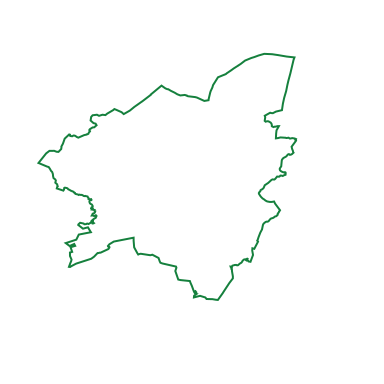 Ambeļu pag., Daugavpils, Latvia (Robinson projection), rotated 161°
{"feature_id": "27541924B25126117723417", "entity_name": "Ambeļu pag.", "entity_type": "district", "adm_level": 2, "iso_a3": "LVA", "parent_name": "Latvia", "parent_adm1": "Daugavpils", "projection": "robinson", "projection_center": [26.898, 56.048], "detail": "fine", "context": "isolated", "style": "outline", "palette": "green", "viewbox_px": 384, "rotation_deg": 161, "n_neighbors": 0, "source": "geoboundaries", "source_scale": "gbopen_adm2", "svg_char_len": 5951}
<svg xmlns="http://www.w3.org/2000/svg" viewBox="0 0 384 384"><g transform="rotate(161 192 192)"><path d="M332.7,161.3L331.7,160.8L330.0,161.2L324.8,162.0L309.0,161.7L305.7,162.7L301.2,165.0L300.2,164.7L299.1,164.7L298.2,164.4L289.6,165.3L288.3,166.3L288.0,166.7L288.2,167.2L288.8,167.4L289.1,167.8L289.1,168.3L287.1,169.5L282.1,170.6L262.1,167.8L263.1,164.8L264.7,158.5L263.6,151.9L263.2,150.4L262.3,150.5L260.6,150.3L252.0,145.8L249.9,145.6L245.1,140.5L245.1,136.9L244.9,135.4L243.3,134.1L231.4,126.7L231.4,125.5L233.5,122.7L233.5,113.7L231.6,112.5L223.0,108.5L223.0,106.7L222.7,103.2L222.6,97.2L221.1,97.2L221.1,96.8L220.6,95.9L220.7,95.5L220.9,95.5L221.3,96.0L221.5,96.1L222.2,95.8L222.3,95.5L221.9,94.7L221.0,94.1L223.7,93.3L223.9,93.0L224.5,91.7L218.2,91.2L213.7,87.9L213.1,86.1L207.5,84.0L204.8,82.5L202.7,81.5L195.8,86.4L194.6,87.4L186.3,93.8L181.5,97.0L180.8,99.0L180.0,104.0L179.4,106.1L179.8,106.6L179.1,107.3L178.8,107.8L178.9,108.0L179.8,108.5L179.8,108.9L179.0,108.5L178.3,108.8L177.7,109.2L176.3,109.1L175.5,109.1L174.0,108.7L173.6,108.4L173.3,108.0L172.3,107.8L170.2,108.7L168.3,109.1L167.1,109.9L166.6,110.5L165.0,111.2L164.5,111.2L162.6,110.8L161.5,111.0L161.2,110.7L161.9,109.8L162.6,109.9L162.9,109.7L162.6,109.3L161.5,109.0L161.3,108.7L161.1,107.9L160.5,107.5L159.8,107.3L159.4,107.0L154.8,112.6L154.1,117.1L153.2,119.1L151.6,118.0L145.7,123.6L146.0,124.7L146.1,124.8L145.3,125.6L143.8,127.6L140.6,131.4L138.0,133.8L135.8,137.5L135.2,138.3L134.1,139.0L132.2,139.7L131.1,139.7L130.1,139.3L129.5,139.4L128.7,139.7L127.2,140.7L125.9,141.2L124.0,141.1L123.2,141.2L121.6,141.8L120.0,141.7L119.3,142.2L118.6,142.4L118.3,142.7L118.0,143.6L117.8,143.8L116.8,144.3L116.3,144.8L116.1,145.2L115.7,145.3L114.7,146.1L117.2,153.9L117.5,156.3L119.6,156.6L121.7,157.3L124.0,158.6L125.3,160.0L126.3,161.6L127.3,162.8L128.2,164.6L128.7,166.0L129.3,168.6L129.1,169.3L128.3,170.0L127.3,170.3L126.7,171.3L125.9,171.6L124.8,171.7L123.3,172.3L122.7,172.8L121.0,174.7L116.9,175.8L112.8,177.6L111.7,177.7L110.3,177.0L109.9,177.0L108.9,177.4L106.5,178.9L104.6,178.1L103.6,178.4L103.2,178.7L102.7,178.7L101.3,177.9L101.0,177.6L99.4,177.9L98.5,177.8L97.9,177.9L97.8,179.1L97.4,179.1L97.2,179.6L97.3,180.2L97.8,180.5L99.1,180.8L100.3,181.8L101.3,183.0L101.7,183.9L101.7,184.6L101.5,185.4L100.8,186.1L99.3,187.2L96.8,192.7L96.2,193.4L94.5,194.4L91.9,194.8L91.0,195.1L89.4,196.1L88.8,196.3L88.2,196.3L87.8,196.1L87.5,195.7L87.5,195.4L86.5,195.1L85.1,195.3L83.3,196.1L83.4,196.3L83.2,198.1L83.3,200.0L83.1,202.4L77.4,206.3L76.8,206.8L76.6,207.4L76.6,207.7L77.0,207.7L76.8,208.1L77.3,208.2L77.4,208.4L77.5,208.7L77.4,208.8L77.5,209.0L77.3,209.0L77.5,209.2L77.8,209.3L79.6,210.3L81.9,210.6L82.3,210.9L82.7,211.5L83.0,211.9L84.8,212.2L85.4,212.4L85.8,212.8L90.6,214.8L93.1,215.0L95.2,215.4L93.4,219.9L92.0,222.8L88.4,226.0L89.6,226.4L91.8,226.6L92.7,226.9L93.7,226.8L94.8,227.8L95.1,228.3L95.0,228.6L94.8,228.9L94.6,230.5L95.0,232.0L96.4,233.6L97.0,234.1L98.3,234.5L99.5,234.5L100.1,235.6L98.4,238.9L98.4,240.4L92.3,241.5L91.5,240.9L89.9,240.2L86.4,240.7L80.3,240.1L77.3,245.9L74.2,251.0L70.1,256.8L67.0,262.1L64.6,265.9L60.4,272.1L53.0,283.8L51.3,285.9L58.3,289.2L66.0,293.4L71.4,296.2L78.7,299.1L84.5,299.4L89.2,299.3L92.2,299.4L99.0,299.0L104.4,297.2L112.5,295.2L114.7,294.5L120.6,292.9L121.5,292.5L130.1,292.0L137.3,286.2L138.7,284.2L141.5,281.3L142.4,280.1L145.9,274.6L146.5,273.4L150.7,274.1L156.6,279.7L158.1,280.7L164.7,283.9L166.0,285.1L165.9,285.2L167.2,286.1L171.6,287.1L174.1,289.2L176.0,291.5L179.1,294.6L181.0,296.9L181.8,297.2L183.4,298.6L186.2,302.5L199.2,297.6L199.3,297.3L208.6,294.2L218.6,291.3L224.3,289.2L231.2,287.9L232.6,290.4L236.9,294.4L238.4,295.7L239.8,295.1L246.7,293.7L248.8,292.9L251.5,294.2L255.1,294.3L256.7,296.0L261.0,296.9L262.9,295.8L264.6,292.6L262.7,289.2L260.9,288.0L260.5,286.2L263.4,285.0L265.0,285.4L268.2,284.6L268.7,284.3L269.0,283.6L268.6,282.7L268.9,282.4L270.1,281.9L271.0,280.8L271.7,280.7L272.7,280.8L272.9,280.6L275.4,280.9L281.8,280.4L282.9,281.4L284.1,283.1L285.1,283.8L285.7,284.0L287.1,283.7L288.9,284.6L289.0,285.1L288.7,285.7L288.7,285.9L289.4,286.4L295.0,283.9L298.3,279.7L300.7,277.5L300.9,276.7L301.7,275.2L305.2,273.4L307.0,274.2L308.9,275.8L313.4,277.3L317.3,276.0L327.7,269.4L320.6,263.1L319.4,262.3L318.8,260.2L318.4,257.9L317.7,256.4L317.7,254.3L318.2,252.2L318.4,250.2L317.2,248.4L317.0,247.2L318.2,245.3L317.0,243.2L317.1,241.8L317.3,241.6L317.1,241.1L318.0,240.4L318.7,239.4L313.2,235.2L312.3,235.9L311.5,237.4L310.8,237.5L309.1,236.5L308.5,235.9L308.1,234.8L307.8,234.5L307.1,233.9L306.2,232.7L305.3,232.1L305.1,231.7L303.9,230.8L303.8,230.0L303.1,229.4L303.2,229.2L303.0,228.9L303.0,228.5L302.8,228.3L302.6,228.0L300.6,226.7L300.1,226.1L299.4,226.2L298.0,225.4L297.2,225.2L296.4,224.5L295.8,223.6L295.0,223.1L294.3,223.1L293.7,222.6L293.2,222.4L292.2,221.7L292.1,220.5L291.7,219.7L292.1,219.1L291.2,218.4L289.7,218.1L289.6,217.3L289.8,217.1L290.7,217.5L291.2,217.5L291.6,217.2L292.2,216.2L292.2,214.6L292.1,214.3L291.6,213.6L290.8,212.8L290.5,211.6L290.5,210.9L290.7,210.5L291.9,210.2L292.2,209.8L292.7,209.5L292.8,209.3L292.4,208.9L291.6,209.1L291.2,208.9L291.1,208.2L292.0,207.8L289.9,206.7L290.3,205.9L290.2,205.5L289.8,205.2L290.5,204.3L291.2,203.9L293.0,203.8L293.6,203.0L294.2,202.6L294.4,202.4L293.4,202.1L292.8,201.5L292.2,201.1L290.6,201.4L290.4,201.3L290.3,200.8L290.1,200.4L291.5,198.9L292.9,198.7L294.8,198.1L294.9,197.9L294.8,197.3L294.9,197.1L295.9,197.6L296.5,197.3L296.6,197.2L296.0,196.5L295.7,195.7L294.9,194.5L295.3,194.4L296.2,194.6L296.0,195.5L296.4,195.7L297.2,195.7L297.9,195.9L300.3,195.4L301.2,196.2L301.6,196.3L302.5,196.1L303.9,196.4L304.3,196.6L304.7,197.4L305.3,197.8L307.8,199.3L309.9,198.4L310.3,197.9L307.0,192.8L301.9,192.5L300.7,186.9L312.9,188.6L316.9,184.6L328.0,184.8L325.3,180.8L320.3,181.2L320.0,179.1L324.8,179.3L324.8,174.4L327.1,174.5L328.2,171.2L327.9,167.3L328.9,165.8L330.1,164.5L332.7,161.3Z" fill="none" stroke="#15803d" stroke-width="2"/></g></svg>